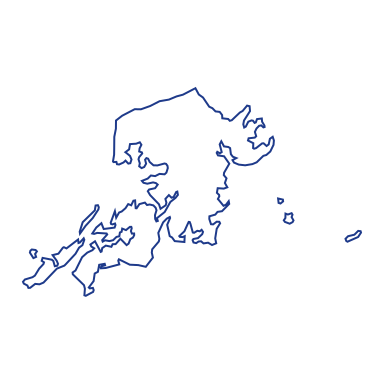 Kangryong, Hwanghae-namdo, North Korea
{"feature_id": "82179303B5734042978537", "entity_name": "Kangryong", "entity_type": "district", "adm_level": 2, "iso_a3": "PRK", "parent_name": "North Korea", "parent_adm1": "Hwanghae-namdo", "projection": "orthographic", "projection_center": [125.504, 37.845], "detail": "fine", "context": "isolated", "style": "outline", "palette": "blue", "viewbox_px": 384, "rotation_deg": 0, "n_neighbors": 0, "source": "geoboundaries", "source_scale": "gbopen_adm2", "svg_char_len": 5245}
<svg xmlns="http://www.w3.org/2000/svg" viewBox="0 0 384 384"><path d="M113.0,161.4L113.5,162.1L116.4,161.9L117.0,164.2L119.1,164.5L123.5,162.5L125.5,160.6L128.3,163.6L130.3,163.2L131.5,159.5L130.0,155.9L126.7,153.2L125.4,152.2L129.1,149.4L130.0,144.1L136.2,143.7L139.8,142.3L141.4,144.8L139.6,148.4L139.2,151.5L141.9,152.4L142.2,153.5L139.1,157.2L138.5,159.3L139.8,163.3L139.2,166.3L141.6,168.1L144.2,167.0L146.1,163.7L145.1,159.7L146.4,158.1L148.1,158.7L149.7,162.0L152.9,164.8L153.5,165.3L157.5,165.4L164.5,163.5L166.1,163.9L167.5,165.9L167.8,168.1L166.4,172.6L164.6,174.3L159.5,173.9L155.2,176.1L150.9,175.5L147.7,178.6L141.9,180.9L143.5,182.8L147.3,183.7L153.1,182.4L155.9,183.1L157.7,184.6L155.1,188.2L149.1,189.5L147.8,191.2L150.1,195.1L159.0,204.3L160.0,207.3L160.5,208.8L165.7,205.3L166.4,202.7L165.4,198.9L168.9,195.1L171.5,197.7L173.6,197.0L176.2,192.0L177.3,191.6L177.9,194.9L175.5,197.9L170.4,201.9L164.7,212.0L156.9,218.2L157.8,220.9L156.4,221.4L155.2,219.0L155.0,215.1L156.5,210.3L155.6,207.7L153.4,205.4L149.7,204.5L147.0,205.0L144.9,202.6L139.4,204.1L136.6,208.3L135.7,208.2L135.3,203.6L135.1,200.4L133.4,200.7L131.2,205.3L128.2,204.1L125.5,208.2L121.7,211.5L119.1,212.5L116.2,217.7L114.9,211.2L110.7,222.7L111.1,224.0L112.5,224.4L115.0,223.5L115.5,225.0L114.6,227.6L103.7,229.0L102.1,225.0L101.4,223.2L96.3,227.5L92.3,233.5L94.1,233.9L97.2,232.9L106.6,233.5L107.2,234.5L102.2,240.1L102.7,241.6L105.1,240.3L109.4,241.1L113.1,240.2L116.5,236.9L119.3,236.3L119.9,232.5L121.6,231.8L122.2,228.6L126.0,230.1L129.0,227.6L129.9,226.9L131.3,226.9L131.7,228.2L130.9,231.1L131.9,233.6L134.1,233.5L134.2,235.1L133.0,237.5L130.3,239.2L128.6,243.6L126.6,245.1L120.4,238.7L115.6,244.1L112.6,244.2L111.4,246.8L105.8,245.6L102.2,248.1L101.6,251.5L100.7,251.9L95.0,241.3L94.3,241.8L90.4,244.5L91.3,246.5L94.2,248.3L92.4,250.2L87.3,252.6L82.1,257.2L75.5,270.5L72.6,272.5L72.8,274.3L84.0,285.2L84.9,288.7L84.4,295.3L85.8,295.8L88.4,294.4L93.1,291.9L93.7,290.1L92.9,287.9L89.8,288.4L88.8,287.5L93.6,281.1L94.7,273.5L97.9,271.8L99.2,264.8L104.7,263.8L105.1,265.3L101.8,266.2L100.6,267.3L100.9,268.3L105.6,268.0L119.3,264.4L118.4,261.1L118.3,260.5L118.9,259.3L129.8,264.7L138.3,265.1L145.8,266.8L152.9,257.6L151.8,252.6L152.2,249.3L158.8,241.5L159.4,238.9L158.3,232.9L161.0,227.0L163.1,222.4L166.8,218.6L169.8,217.0L170.1,218.0L167.2,224.8L169.7,236.1L172.1,237.5L174.7,241.1L184.4,242.0L184.7,236.2L182.6,237.1L179.9,236.9L179.3,236.1L184.4,231.3L187.0,225.5L188.7,221.9L189.7,222.0L190.5,224.0L192.8,232.5L194.1,232.8L197.3,230.8L199.8,231.3L201.6,229.8L203.0,231.9L202.2,234.2L198.0,238.1L193.4,239.0L192.6,240.1L193.5,242.5L196.2,243.1L198.6,241.5L201.1,241.3L203.5,243.4L208.1,242.7L212.0,245.0L216.2,243.3L215.2,238.3L215.3,237.8L216.7,228.8L220.1,223.3L219.3,221.8L216.7,221.7L213.1,224.4L211.0,224.2L209.3,219.0L209.4,216.3L215.3,214.6L217.5,211.9L222.0,211.2L229.2,203.9L228.7,201.2L226.0,204.7L223.5,205.8L219.2,200.5L217.9,199.0L219.3,196.3L219.1,194.9L216.9,192.8L217.7,188.2L223.8,188.6L227.3,187.3L224.9,183.0L226.5,178.3L223.8,175.1L224.1,172.7L229.3,163.7L224.1,156.3L218.0,155.4L216.7,152.9L217.3,151.8L219.9,153.3L221.7,152.1L221.5,151.3L219.7,144.4L221.3,141.3L224.0,146.4L228.3,147.0L230.1,148.1L230.9,154.2L232.8,156.7L236.3,158.1L232.5,160.1L234.0,162.6L238.8,164.6L245.2,165.3L252.4,164.1L256.7,162.3L263.2,156.0L263.5,155.8L266.3,155.0L270.3,151.5L273.5,144.9L273.9,140.5L272.7,136.8L269.9,138.8L268.7,144.4L266.6,146.0L263.6,143.3L262.1,143.4L256.1,148.1L254.1,148.7L253.1,148.1L253.3,143.2L248.0,140.5L248.6,138.3L254.8,137.6L256.2,136.2L255.6,134.3L254.9,131.9L256.5,128.5L259.1,125.8L261.3,125.4L263.4,127.4L264.6,127.0L264.4,125.5L262.1,121.7L261.8,118.5L257.0,119.1L255.8,122.4L254.6,122.9L253.0,120.7L251.5,120.4L248.3,121.7L245.8,126.6L244.2,127.5L243.3,124.3L244.0,120.5L250.0,111.1L249.6,106.2L247.4,105.7L247.1,105.6L242.6,111.0L239.9,112.5L231.8,120.2L229.8,120.8L228.2,119.0L222.3,118.3L222.1,115.0L219.7,111.9L215.5,111.4L212.4,108.2L209.2,106.7L203.0,97.5L198.8,94.5L195.4,88.2L189.1,91.5L182.9,94.7L176.6,96.4L168.9,99.6L159.6,101.2L150.2,106.0L140.9,109.3L134.7,109.2L122.2,115.7L116.0,120.5L115.9,128.7L114.3,136.8L114.2,148.2L114.1,154.7L113.0,161.4ZM84.3,239.8L83.7,238.3L79.9,242.5L78.5,243.0L78.1,239.5L66.5,248.4L63.9,247.2L62.9,247.7L58.4,253.7L52.6,255.1L52.8,255.4L56.7,260.7L58.0,263.8L57.3,265.7L54.8,266.2L53.3,260.9L51.8,259.7L42.6,257.9L41.7,260.8L44.0,262.3L43.5,264.0L39.2,268.6L34.9,275.6L32.5,277.2L24.9,279.5L23.0,281.8L23.8,283.6L27.4,285.5L28.4,287.9L30.2,287.8L35.2,283.9L39.5,284.3L43.5,282.6L56.9,268.6L64.4,265.6L65.8,264.2L75.5,253.8L79.1,247.6L82.4,245.2L84.3,239.8ZM85.6,225.8L92.7,218.1L98.4,209.4L98.8,207.2L97.9,205.2L95.6,205.5L94.8,210.4L82.7,222.2L79.7,231.7L80.0,233.6L85.6,225.8ZM291.6,213.2L287.9,214.5L285.5,213.6L285.4,218.0L283.8,220.3L284.9,221.9L289.7,223.7L292.6,222.1L293.5,220.4L291.6,217.1L292.5,214.7L291.6,213.2ZM358.1,237.0L361.0,232.6L360.6,231.2L358.2,230.9L354.4,234.7L348.1,236.2L345.5,238.8L346.3,241.0L347.5,241.7L358.1,237.0ZM36.1,256.9L35.1,254.0L36.9,251.4L35.6,250.0L31.8,249.5L30.4,250.7L29.9,252.6L33.4,258.1L36.1,256.9ZM283.1,201.4L282.9,199.6L278.1,198.5L278.6,202.9L280.5,203.5L283.1,201.4Z" fill="none" stroke="#1e3a8a" stroke-width="2"/></svg>